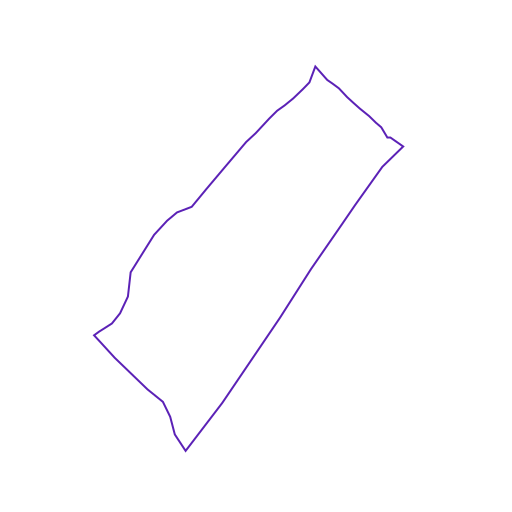 Potufale, Tuvalu, rotated 244°
{"feature_id": "33948139B14408350290705", "entity_name": "Potufale", "entity_type": "district", "adm_level": 2, "iso_a3": "TUV", "parent_name": "Tuvalu", "parent_adm1": "", "projection": "robinson", "projection_center": [178.678, -7.484], "detail": "fine", "context": "isolated", "style": "outline", "palette": "violet", "viewbox_px": 512, "rotation_deg": 244, "n_neighbors": 0, "source": "geoboundaries", "source_scale": "gbopen_adm2", "svg_char_len": 737}
<svg xmlns="http://www.w3.org/2000/svg" viewBox="0 0 512 512"><g transform="rotate(244 256 256)"><path d="M400.3,392.4L388.6,380.1L385.5,371.5L381.4,358.8L378.8,347.8L377.3,338.7L373.7,328.1L366.5,309.5L362.8,297.2L349.4,266.7L338.0,240.9L328.4,219.8L329.8,204.1L326.7,191.6L319.7,173.7L296.3,136.2L275.7,123.1L264.1,108.7L258.5,96.9L256.8,81.8L255.7,75.7L248.4,77.9L226.4,84.4L183.7,100.0L165.7,108.4L149.1,108.4L131.2,104.8L111.7,107.3L138.7,161.2L190.0,250.5L220.2,299.8L245.4,344.6L258.5,367.7L280.8,408.7L289.9,436.3L303.6,428.7L304.9,426.0L316.8,425.0L323.2,422.2L332.2,419.0L335.6,417.4L343.1,413.9L351.4,410.5L359.0,407.5L370.4,404.0L377.5,400.3L383.0,397.2L400.3,392.4Z" fill="none" stroke="#5b21b6" stroke-width="2"/></g></svg>